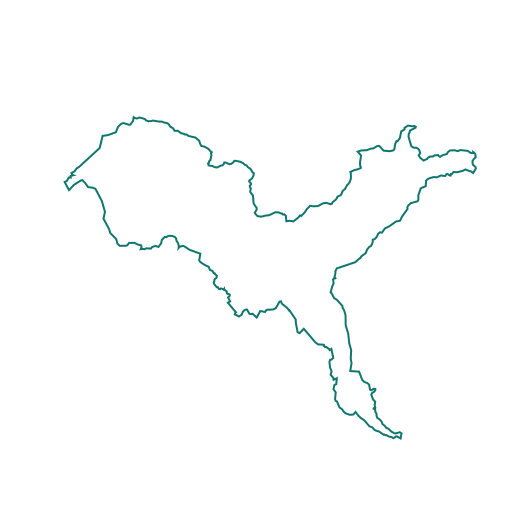 outline of Gurahont, Arad, Romania, rotated 280°
{"feature_id": "2599482B35210166851788", "entity_name": "Gurahont", "entity_type": "district", "adm_level": 2, "iso_a3": "ROU", "parent_name": "Romania", "parent_adm1": "Arad", "projection": "equal_earth", "projection_center": [22.355, 46.301], "detail": "fine", "context": "isolated", "style": "outline", "palette": "teal", "viewbox_px": 512, "rotation_deg": 280, "n_neighbors": 0, "source": "geoboundaries", "source_scale": "gbopen_adm2", "svg_char_len": 6137}
<svg xmlns="http://www.w3.org/2000/svg" viewBox="0 0 512 512"><g transform="rotate(280 256 256)"><path d="M106.6,430.1L107.4,428.1L105.5,424.4L105.5,422.8L106.8,419.5L109.2,415.7L109.4,414.0L110.9,412.6L112.6,409.6L114.8,408.4L116.7,405.9L117.6,403.6L119.9,402.3L121.1,402.3L123.5,400.5L125.5,400.0L126.1,398.3L126.6,398.4L126.7,399.7L127.2,399.9L129.5,398.8L133.2,398.7L135.0,396.2L139.4,393.6L141.4,394.2L142.6,395.7L144.5,396.8L145.8,396.6L145.8,395.3L143.8,392.7L144.2,391.5L149.0,389.7L150.2,387.7L150.8,384.4L152.5,382.1L160.0,377.6L159.1,368.8L167.0,368.7L171.4,367.1L179.8,366.1L185.9,363.1L195.5,360.3L203.6,356.3L213.1,354.5L217.8,352.2L220.1,350.2L221.8,349.8L227.0,343.1L228.1,340.2L232.5,336.9L233.1,335.8L238.9,336.3L242.8,337.2L246.2,335.9L247.4,336.7L247.6,337.8L248.0,338.1L248.7,337.0L252.8,337.2L254.6,336.8L257.8,337.7L267.1,354.8L271.4,358.2L272.0,359.1L274.0,359.8L277.8,363.5L281.6,364.3L284.7,366.0L286.0,367.7L290.0,368.5L292.4,368.2L293.1,369.8L293.9,370.4L295.9,371.6L299.4,372.6L300.9,374.0L300.9,376.0L305.5,378.1L308.5,382.2L314.3,387.9L315.7,391.7L320.0,392.9L328.5,397.0L330.4,396.6L332.0,397.1L334.9,399.2L337.9,405.6L339.5,406.2L343.9,405.3L351.3,406.5L354.2,411.0L359.7,410.4L361.4,411.6L362.9,413.6L364.7,417.6L364.8,420.3L367.4,424.1L367.6,428.4L369.4,429.2L370.1,430.2L369.0,432.6L368.9,433.5L370.4,433.6L370.4,434.4L373.0,435.9L373.4,439.5L375.8,444.9L377.6,447.2L376.7,451.5L376.7,452.8L375.4,455.5L380.3,457.3L381.6,456.9L383.7,453.6L386.9,452.7L389.1,453.5L391.4,455.2L394.8,454.1L396.1,451.8L395.1,452.0L394.8,450.7L395.0,448.9L396.3,446.3L395.8,438.8L394.3,436.5L394.6,433.6L393.7,428.8L391.4,426.8L389.5,426.2L388.0,422.7L385.6,420.0L386.1,418.7L387.0,417.8L386.1,414.3L384.8,413.1L384.2,410.3L382.5,408.2L381.4,407.7L379.1,404.5L381.2,400.7L383.4,398.7L385.8,399.9L389.0,398.1L389.9,396.9L390.4,394.9L390.0,392.5L391.1,389.9L399.7,385.6L402.4,385.2L404.6,385.9L406.2,385.7L410.0,390.8L411.0,390.9L411.5,389.2L410.9,387.6L410.8,383.0L407.9,380.0L406.8,380.3L406.1,380.0L404.0,377.4L397.2,377.2L394.0,375.7L393.4,375.0L393.5,374.4L390.7,373.6L385.3,373.7L383.9,373.0L382.4,369.4L381.9,363.3L385.6,358.6L385.8,357.7L385.1,356.0L382.3,352.8L381.6,350.2L379.4,346.7L378.2,341.3L376.4,338.0L373.2,342.0L366.3,342.2L362.8,342.9L361.9,343.8L360.8,343.9L358.4,339.9L358.0,338.4L355.1,334.3L354.0,335.0L348.9,336.0L345.3,335.5L343.1,334.6L341.8,333.5L337.4,332.0L335.1,330.0L331.6,329.3L330.5,328.7L328.6,325.9L327.2,325.7L325.2,324.7L322.2,322.0L320.7,321.7L319.9,320.4L320.6,316.3L319.7,313.2L315.9,308.2L314.9,303.9L314.8,300.6L311.3,298.1L307.4,296.4L303.2,293.5L303.6,292.3L301.4,291.1L296.6,286.9L296.5,282.9L295.5,279.9L300.8,278.4L302.0,276.5L301.5,275.5L302.4,274.1L302.2,273.5L302.8,271.2L302.5,267.5L298.4,261.8L297.5,258.5L295.7,254.5L295.5,250.9L296.0,249.8L298.3,247.2L301.4,248.5L303.3,248.4L306.8,245.0L308.1,244.3L315.1,242.5L318.1,239.1L321.6,239.2L322.8,238.0L324.0,237.7L325.5,238.6L326.4,238.5L328.4,236.2L329.4,236.4L331.0,238.1L332.4,238.9L335.3,239.6L337.1,239.5L337.8,238.0L340.7,235.6L342.1,232.6L343.4,231.2L343.9,229.1L345.3,227.0L346.1,223.7L346.2,219.0L345.8,218.0L344.3,217.4L342.3,215.4L341.8,213.9L342.7,210.4L342.6,208.6L340.6,208.1L339.3,207.0L338.8,205.5L336.4,202.3L336.3,200.0L337.0,197.6L337.0,193.6L338.9,192.7L339.5,193.5L341.2,193.4L342.7,194.6L343.8,194.3L344.6,194.6L347.9,194.5L349.2,193.9L350.5,194.4L350.7,193.6L353.2,190.6L354.8,186.1L354.8,183.4L355.1,182.8L357.3,181.2L359.5,180.2L362.1,175.9L362.5,168.7L363.6,166.7L363.3,164.9L363.8,163.8L363.9,161.0L365.7,157.3L365.2,154.1L367.4,152.1L368.5,149.1L370.7,147.1L371.5,145.0L371.5,141.8L372.0,140.5L371.5,136.3L371.5,131.1L370.6,129.1L370.0,126.5L370.5,124.1L371.5,122.8L372.0,120.0L372.1,117.0L370.7,114.8L370.9,112.4L371.4,111.4L367.7,111.5L363.4,109.3L363.2,108.0L363.9,102.7L363.4,101.3L362.3,99.9L359.2,97.7L353.5,96.5L349.3,89.1L347.7,84.1L335.2,83.3L313.0,66.3L311.2,64.3L307.9,62.6L305.6,59.9L303.9,61.2L303.8,62.0L302.7,59.6L302.0,59.4L301.1,59.9L300.6,57.9L297.2,56.8L295.7,54.7L288.4,60.4L294.5,64.4L299.8,70.2L300.6,71.8L298.5,74.8L294.7,78.6L294.9,83.6L294.3,86.2L283.3,94.7L273.2,99.6L266.3,99.3L256.9,106.7L253.3,108.5L248.4,115.4L244.1,117.4L242.4,120.0L243.5,126.2L244.4,127.5L246.9,128.8L247.8,134.1L246.8,137.5L246.5,141.1L244.8,141.7L242.7,141.3L243.3,143.0L243.3,145.0L244.6,146.8L245.0,151.2L246.6,152.0L247.7,153.6L248.4,155.5L248.0,158.4L251.9,160.3L255.7,160.5L258.9,162.8L259.0,164.3L260.4,166.0L260.9,167.5L261.2,170.0L260.7,172.7L259.5,174.2L257.1,175.1L255.1,177.0L252.7,178.3L250.6,178.4L251.7,179.0L253.3,182.2L253.0,183.9L250.6,189.4L248.6,200.8L241.8,200.8L240.9,201.6L239.4,204.2L237.8,208.5L237.2,211.3L234.3,213.0L233.7,215.8L231.7,217.4L231.8,218.3L231.2,218.6L229.8,220.9L227.6,220.9L226.1,219.4L225.3,219.1L223.8,219.4L222.5,219.0L221.1,219.7L219.0,222.1L218.4,222.9L218.7,223.7L217.1,225.2L217.0,226.3L217.9,227.1L217.9,228.4L217.2,230.0L217.9,230.3L217.5,230.4L216.1,233.2L214.2,233.8L213.7,234.8L213.9,235.7L213.4,236.8L212.1,237.0L210.3,235.7L206.8,238.4L205.1,236.4L197.1,246.0L196.6,245.5L194.8,245.3L193.5,249.8L195.7,252.1L198.5,252.6L200.1,253.6L201.1,254.6L201.7,256.4L198.0,259.6L197.9,261.3L198.6,262.6L195.5,267.4L202.5,269.7L202.5,274.7L204.8,275.7L206.3,282.1L206.9,283.0L208.1,284.6L215.2,287.1L215.7,288.5L213.6,289.7L209.9,296.2L208.0,298.2L208.3,298.4L200.4,306.1L196.6,307.0L188.2,310.2L187.6,312.3L192.6,315.7L181.3,329.4L179.7,332.6L180.4,337.6L180.1,338.4L179.2,338.5L179.1,339.2L178.4,339.8L178.6,341.0L176.8,344.5L176.2,344.9L177.6,346.3L169.1,349.8L167.0,348.2L166.7,347.0L164.4,346.7L158.7,348.4L155.5,350.5L152.0,350.1L148.8,354.0L148.4,353.6L147.6,353.9L149.6,356.8L143.8,357.3L142.5,355.6L138.3,355.4L135.5,358.2L128.7,358.7L127.2,359.6L126.8,361.0L121.4,364.5L120.1,367.3L117.8,369.5L116.7,371.4L115.9,375.9L116.8,379.4L119.7,381.1L116.3,384.9L114.5,387.7L113.2,390.8L108.0,397.3L107.4,400.5L105.7,402.3L104.9,404.1L104.5,407.7L102.1,412.8L102.5,413.3L102.0,414.8L102.3,415.6L101.4,417.7L101.2,421.2L100.5,422.9L101.2,424.0L102.5,424.8L102.8,426.2L101.4,430.1L106.6,430.1Z" fill="none" stroke="#0f766e" stroke-width="2"/></g></svg>